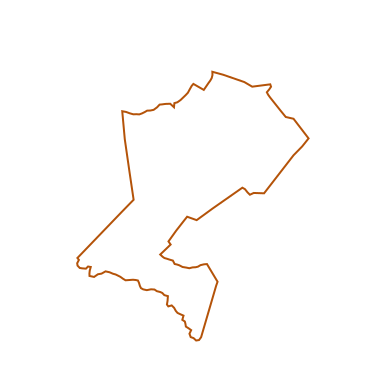 the district of Capim Grosso, Bahia, Brazil, rotated 223°
{"feature_id": "56859067B2798558104088", "entity_name": "Capim Grosso", "entity_type": "district", "adm_level": 2, "iso_a3": "BRA", "parent_name": "Brazil", "parent_adm1": "Bahia", "projection": "natural_earth1", "projection_center": [-40.008, -11.3], "detail": "fine", "context": "isolated", "style": "outline", "palette": "amber", "viewbox_px": 384, "rotation_deg": 223, "n_neighbors": 0, "source": "geoboundaries", "source_scale": "gbopen_adm2", "svg_char_len": 1873}
<svg xmlns="http://www.w3.org/2000/svg" viewBox="0 0 384 384"><g transform="rotate(223 192 192)"><path d="M85.9,88.5L86.3,92.0L110.4,139.9L112.1,143.8L131.9,149.5L133.9,147.3L135.9,144.3L136.7,141.5L138.0,139.5L140.2,137.2L142.0,134.4L144.5,132.9L147.8,130.7L151.4,129.7L153.6,128.7L155.6,127.5L159.2,128.8L162.6,127.1L165.0,126.0L167.1,124.9L169.3,124.6L172.6,124.6L171.8,139.0L175.5,139.8L177.2,152.9L178.2,164.4L178.7,170.6L169.4,174.6L165.7,193.8L158.1,229.5L155.2,230.2L151.2,229.6L147.8,229.5L146.2,233.4L138.4,240.2L142.8,288.1L142.5,300.5L143.3,310.7L167.7,314.8L174.6,310.8L182.7,311.9L199.4,314.4L202.8,315.1L205.3,316.0L205.5,319.7L206.0,322.9L208.2,324.1L219.8,310.1L228.7,308.1L249.2,299.0L259.1,293.8L256.8,291.5L255.3,288.8L254.6,285.9L254.3,283.2L253.7,279.3L253.0,274.7L264.7,272.0L264.6,269.4L263.7,265.6L262.7,261.8L262.7,258.5L263.1,251.4L263.9,247.6L265.5,245.0L263.0,241.7L265.4,241.7L268.1,241.7L271.5,238.3L273.7,235.6L275.3,233.8L275.3,230.1L276.1,225.9L278.1,223.1L280.3,220.9L281.1,218.2L282.2,215.3L283.5,212.8L285.7,211.0L287.9,208.8L291.2,207.1L294.8,205.6L298.1,203.5L277.2,184.8L251.7,164.3L229.4,146.5L229.5,143.0L229.6,138.5L229.8,129.2L230.8,65.6L228.4,65.2L227.4,61.6L225.5,60.1L222.3,59.9L220.2,61.3L217.3,63.6L217.2,66.6L214.9,68.1L213.2,64.8L211.4,62.4L209.7,60.7L205.7,63.1L204.7,67.7L202.5,70.6L201.1,75.0L197.5,77.1L194.1,78.3L191.6,79.6L189.3,80.3L186.6,81.1L183.3,81.5L180.4,82.1L177.7,85.0L175.3,87.6L173.2,89.2L171.2,90.4L168.8,89.4L166.1,87.8L163.8,86.9L161.3,87.5L158.1,89.4L155.6,92.9L152.9,95.1L150.1,95.5L147.0,97.2L144.9,97.9L141.9,97.7L138.6,99.4L135.7,95.8L133.6,92.6L131.3,92.2L129.5,95.2L126.1,95.1L122.8,94.0L120.1,93.7L117.3,94.6L113.9,95.8L111.9,91.9L108.9,92.4L106.9,91.1L104.7,89.4L101.5,90.0L98.4,90.4L97.2,86.6L94.0,85.0L91.2,86.2L87.7,86.2L85.9,88.5Z" fill="none" stroke="#b45309" stroke-width="2"/></g></svg>